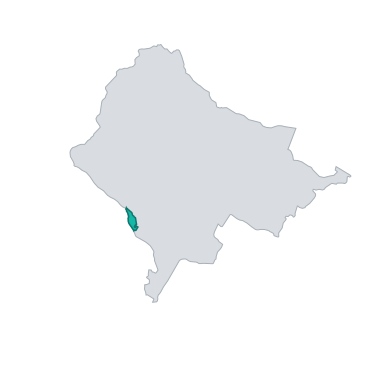 Lukolela, Équateur, Democratic Republic of the Congo (highlighted), rotated 301°
{"feature_id": "63176286B14204108243102", "entity_name": "Lukolela", "entity_type": "district", "adm_level": 2, "iso_a3": "COD", "parent_name": "Democratic Republic of the Congo", "parent_adm1": "Équateur", "projection": "robinson", "projection_center": [17.176, -1.278], "detail": "fine", "context": "in_parent", "style": "filled", "palette": "teal", "viewbox_px": 384, "rotation_deg": 301, "n_neighbors": 0, "source": "geoboundaries", "source_scale": "gbopen_adm2", "svg_char_len": 5641}
<svg xmlns="http://www.w3.org/2000/svg" viewBox="0 0 384 384"><g transform="rotate(301 192 192)"><path d="M300.1,248.3L277.8,252.3L278.2,253.7L278.0,255.2L277.4,256.4L275.1,259.5L271.7,262.4L271.7,263.1L273.4,266.3L274.4,270.7L274.1,278.4L274.5,280.5L274.4,282.1L273.3,283.9L270.9,293.2L272.4,297.7L276.7,301.9L279.3,305.0L283.6,306.2L284.3,306.0L284.6,303.4L288.0,302.4L287.9,319.0L287.6,319.9L287.0,320.1L286.1,319.6L285.9,318.0L285.0,317.3L280.7,319.4L279.7,319.3L278.5,319.0L277.7,318.1L277.4,316.8L274.5,312.0L273.0,311.7L271.4,307.3L264.8,304.2L262.3,303.9L261.0,302.9L259.7,299.5L257.5,297.3L257.0,294.9L256.6,294.5L255.2,295.0L254.0,298.9L252.5,299.8L249.8,299.9L242.9,298.8L238.1,296.8L236.8,296.9L234.9,295.1L234.1,292.1L234.5,289.8L234.2,289.5L226.7,291.4L224.9,292.6L223.2,292.3L222.7,291.7L223.5,290.1L223.1,288.4L222.6,287.6L220.4,287.0L219.7,285.1L218.3,284.9L217.9,285.1L217.6,286.4L216.7,286.8L212.3,286.2L207.7,287.8L201.5,287.4L198.5,289.3L198.1,289.3L197.5,288.3L196.9,285.1L197.2,284.3L198.1,283.7L198.5,282.4L198.2,279.1L198.4,278.4L198.1,276.5L197.2,273.5L195.9,271.1L193.1,267.4L192.6,265.7L192.8,261.6L193.7,255.1L193.6,250.3L192.5,247.2L192.3,243.8L193.0,237.7L192.3,236.3L178.2,235.8L177.6,235.3L177.3,234.5L178.0,230.9L169.4,231.8L166.8,232.5L165.2,234.0L164.7,235.8L164.6,238.4L163.3,240.9L162.9,245.2L160.5,245.7L158.2,245.7L153.6,244.8L149.1,246.0L146.9,247.1L145.8,246.6L141.8,247.0L141.2,246.7L136.6,238.3L134.6,235.5L134.2,234.1L134.4,232.8L133.8,231.1L131.7,226.8L131.3,224.8L131.4,221.6L131.1,220.6L129.2,217.9L127.9,217.0L126.5,216.5L103.5,216.9L95.8,216.4L90.3,216.7L87.5,216.5L86.7,216.1L84.1,216.7L82.8,217.8L80.8,218.4L79.6,218.2L77.2,215.0L80.4,214.5L80.7,214.2L80.9,206.7L80.0,205.7L81.7,204.4L84.5,201.1L87.3,199.9L87.7,199.3L88.2,199.3L89.2,200.7L91.6,202.5L94.5,200.9L94.9,200.4L95.2,197.2L96.0,197.0L97.2,197.7L97.9,197.7L99.2,196.7L103.0,195.1L104.1,197.2L103.0,199.0L103.5,200.3L103.6,202.4L104.2,202.8L107.2,203.1L108.0,202.6L113.9,195.2L115.4,194.4L117.9,191.5L121.2,190.1L122.6,187.8L124.5,183.7L125.3,177.8L125.0,167.5L125.3,166.2L129.2,161.5L133.3,153.2L136.1,151.0L138.1,150.1L141.3,147.0L143.9,143.9L143.5,140.2L144.1,137.1L145.5,133.2L145.9,129.1L145.5,124.7L145.7,121.2L147.5,115.5L147.7,108.9L149.4,103.4L152.7,96.5L154.3,91.3L154.0,86.2L154.5,82.4L154.3,80.2L153.7,78.3L154.0,77.1L155.3,76.6L156.8,74.7L159.7,69.6L162.8,67.2L164.9,66.4L167.1,66.5L168.6,66.9L170.9,68.9L173.6,70.5L175.7,72.4L177.6,75.5L182.4,76.2L184.5,77.3L185.7,77.7L186.2,77.4L187.2,77.6L189.4,78.5L191.2,78.0L200.1,80.0L201.1,79.0L203.6,73.7L205.4,71.9L208.4,71.7L210.8,72.7L212.1,72.7L222.9,68.2L224.4,68.0L228.3,69.1L230.9,68.4L231.9,68.6L234.1,67.8L235.9,64.7L237.4,63.9L253.1,67.3L255.5,65.6L256.6,65.4L260.1,66.7L261.1,68.6L263.2,70.3L264.7,73.0L267.1,74.5L268.2,76.0L269.6,77.0L272.4,77.4L276.0,74.9L278.6,75.2L281.2,76.5L282.0,76.5L284.0,75.0L285.0,73.4L286.0,73.1L287.5,73.8L288.7,75.2L289.8,77.3L293.7,82.0L297.5,84.0L298.5,86.9L299.8,86.7L300.5,86.9L301.5,88.8L302.2,89.1L302.3,89.9L301.4,91.6L300.5,94.9L301.7,96.9L300.7,99.9L300.2,102.9L301.5,103.6L303.1,103.6L304.5,105.2L305.7,105.4L306.8,107.1L306.6,108.5L302.9,113.4L297.3,119.5L295.4,120.2L294.4,121.4L293.7,123.1L292.1,124.6L290.8,125.2L290.8,129.6L288.9,134.1L288.2,135.1L287.1,142.4L287.3,143.7L286.2,149.8L286.4,155.4L283.7,157.1L281.8,159.9L281.0,161.8L281.0,166.4L277.9,169.2L277.7,169.8L278.5,173.0L279.6,173.6L279.6,174.6L282.1,178.1L281.9,188.8L282.0,189.8L283.3,192.3L284.2,197.2L283.2,203.3L286.6,214.6L285.0,218.7L285.7,222.6L287.7,226.8L292.4,230.8L293.7,232.5L294.9,234.8L296.0,238.3L300.1,248.3Z" fill="#d9dde1" stroke="#a8b0b8" stroke-width="1"/><path d="M144.2,144.0L143.7,144.1L143.3,144.1L143.2,144.2L143.0,144.5L142.9,144.7L142.7,145.0L142.5,145.4L142.4,145.5L141.8,145.8L141.6,146.4L141.5,146.6L141.5,146.8L141.4,146.8L141.3,147.0L141.2,147.2L140.7,147.8L140.5,148.1L140.4,148.2L140.3,148.4L140.0,148.7L139.5,149.2L139.4,149.3L139.2,149.6L138.9,149.9L138.8,150.1L138.6,150.2L138.4,150.2L138.3,150.3L138.2,150.3L137.9,150.6L137.6,150.7L137.4,150.7L137.0,150.7L136.8,150.8L136.3,150.9L136.1,151.1L135.8,151.3L135.7,151.5L135.4,151.7L135.3,151.8L135.1,151.9L134.7,152.0L134.2,152.4L134.1,152.5L133.9,152.6L133.5,153.0L133.4,153.2L133.3,153.3L133.1,153.5L132.9,153.7L132.8,153.9L132.7,154.0L132.3,154.6L132.2,154.9L132.1,155.1L131.9,155.5L131.7,155.9L131.7,156.0L131.5,156.5L131.3,156.8L131.2,157.1L131.1,157.5L130.8,158.0L130.7,158.4L130.6,158.5L130.1,159.5L129.8,160.2L129.8,160.3L129.4,161.0L129.2,161.3L128.8,162.0L129.4,161.9L129.5,161.9L129.5,162.0L129.6,162.3L129.6,162.5L129.7,162.9L129.8,163.0L130.1,163.6L130.3,163.7L131.6,163.7L131.8,163.7L134.1,163.7L134.1,161.9L133.9,161.8L133.7,161.8L133.4,161.8L133.2,161.7L132.9,161.6L132.8,161.4L132.7,161.3L132.4,161.5L132.3,161.4L132.2,161.3L132.2,161.2L132.3,160.9L132.4,160.7L132.5,160.6L132.8,160.7L133.1,160.7L133.4,160.6L133.5,160.5L133.8,160.4L134.1,160.4L134.3,160.5L134.6,160.6L134.8,160.6L135.0,160.9L135.4,160.9L135.4,161.0L135.5,161.1L135.7,160.9L135.8,160.8L135.9,160.7L136.0,160.7L136.1,160.8L137.0,160.0L140.6,157.0L140.9,156.6L140.8,156.1L140.8,155.9L140.8,155.6L140.9,155.4L141.0,155.1L141.1,154.9L141.3,154.7L141.4,154.2L141.3,153.9L141.5,153.1L141.6,152.9L142.0,152.5L142.2,152.3L142.6,151.9L142.9,151.6L143.1,151.4L143.2,151.2L143.3,151.0L143.4,150.7L143.5,150.2L143.6,149.4L144.0,147.1L144.0,146.7L144.1,146.0L144.3,145.5L144.2,145.4L144.3,145.4L144.3,145.2L144.5,144.7L144.5,144.4L144.4,144.5L144.2,144.7L144.0,144.8L143.9,144.8L143.7,144.9L143.6,144.7L143.8,144.4L144.0,144.2L144.2,144.0Z" fill="#14b8a6" stroke="#0f766e" stroke-width="1.5"/></g></svg>